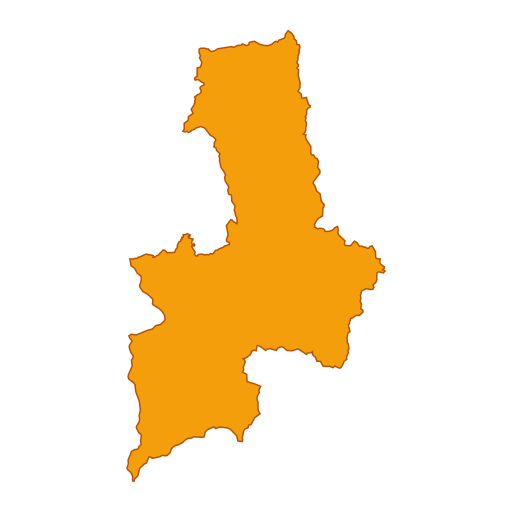 Li, Lamphun, Thailand
{"feature_id": "78962969B62404267117906", "entity_name": "Li", "entity_type": "district", "adm_level": 2, "iso_a3": "THA", "parent_name": "Thailand", "parent_adm1": "Lamphun", "projection": "orthographic", "projection_center": [98.889, 17.796], "detail": "fine", "context": "isolated", "style": "filled", "palette": "amber", "viewbox_px": 512, "rotation_deg": 0, "n_neighbors": 0, "source": "geoboundaries", "source_scale": "gbopen_adm2", "svg_char_len": 6036}
<svg xmlns="http://www.w3.org/2000/svg" viewBox="0 0 512 512"><path d="M200.4,48.3L199.2,49.2L199.1,52.8L200.6,56.0L199.5,57.7L201.6,61.8L201.7,63.2L200.4,67.1L197.2,67.9L197.1,76.3L195.0,77.6L194.6,79.3L195.2,80.1L197.3,79.6L198.5,79.8L201.8,82.3L203.6,82.8L204.2,84.2L203.5,85.2L201.2,86.3L200.1,87.4L200.1,88.8L201.1,90.4L201.0,92.4L199.3,94.1L197.9,94.5L194.5,97.1L195.5,99.0L194.8,100.7L195.0,102.4L194.3,103.2L194.7,103.9L191.2,109.3L193.0,113.4L188.4,116.6L188.3,119.3L187.6,120.8L184.2,123.2L184.2,129.1L182.9,131.4L184.7,131.9L187.1,131.5L188.7,132.5L190.8,131.3L191.8,130.0L194.2,129.5L195.6,128.2L200.7,126.5L204.7,128.0L210.1,135.1L213.5,137.0L215.3,138.9L215.7,140.2L214.2,142.9L214.3,145.3L213.7,146.7L216.1,148.1L216.6,150.5L219.9,153.8L218.9,156.2L219.7,157.8L219.5,160.4L220.7,166.0L221.3,168.0L223.7,171.1L225.5,174.8L224.6,177.4L225.3,181.2L228.8,186.9L227.8,190.4L228.5,193.6L229.0,194.4L230.9,194.8L231.5,195.5L231.7,201.0L235.1,206.1L234.2,210.3L234.8,211.3L235.6,215.8L236.6,217.1L237.2,220.5L237.0,223.6L236.4,223.7L235.6,222.7L233.3,221.7L232.4,220.2L230.9,219.6L226.4,225.5L228.1,234.9L226.3,240.1L226.8,241.3L229.4,242.9L229.4,244.6L224.7,245.9L223.1,247.4L218.9,248.9L217.8,250.0L215.4,250.3L214.6,252.0L213.8,252.5L213.7,253.3L212.0,254.0L210.3,253.6L208.4,255.0L206.9,254.4L204.5,255.1L203.5,254.4L200.6,254.1L198.1,254.6L197.4,255.9L195.8,255.9L194.6,254.6L195.1,252.0L192.2,247.6L191.7,245.9L192.4,245.4L194.1,246.1L194.7,244.8L194.0,243.7L193.2,245.0L191.8,243.4L191.9,240.9L192.8,240.1L193.0,239.0L189.0,238.3L188.3,237.0L189.6,236.7L189.3,235.7L190.2,235.0L187.4,233.7L185.1,234.7L183.2,234.6L183.3,236.9L181.8,237.4L182.0,239.0L181.0,239.3L180.5,241.4L179.3,241.5L178.2,243.4L177.3,245.5L177.3,247.6L175.6,249.7L174.7,252.4L167.1,252.7L165.0,250.3L163.1,250.0L158.7,254.7L153.9,257.4L153.1,257.4L153.3,255.7L152.6,255.3L145.7,254.2L140.0,256.9L138.4,257.1L136.9,258.4L134.7,258.4L133.5,259.1L129.8,258.9L131.1,265.8L134.6,268.2L137.1,273.0L140.4,275.6L141.4,277.2L140.8,282.6L139.5,285.3L140.2,287.7L142.9,291.5L148.0,294.5L152.5,298.9L152.9,299.8L152.5,303.6L153.2,305.0L158.9,308.3L162.3,311.5L164.6,315.6L165.1,318.8L164.4,320.8L160.4,324.6L155.9,325.5L152.4,329.0L147.3,330.4L137.2,334.6L135.3,334.9L131.2,334.3L128.9,335.8L129.7,338.1L132.1,341.0L129.3,345.6L129.3,347.6L130.6,351.9L133.3,356.0L132.9,358.1L131.5,360.0L132.2,366.1L128.4,374.7L128.1,377.1L129.1,379.4L133.8,382.9L134.9,384.6L135.8,391.5L139.3,401.4L140.4,410.1L139.1,415.6L139.7,419.9L139.0,422.3L136.5,426.3L136.4,427.8L138.9,432.9L140.8,434.3L141.4,435.3L140.6,440.7L141.1,444.6L139.0,446.5L138.1,449.0L134.4,449.7L131.5,451.5L128.1,460.1L128.3,463.9L127.0,468.2L127.9,470.0L131.0,472.5L132.7,476.7L132.5,480.0L133.1,481.3L134.1,481.1L134.8,478.7L137.7,476.1L139.7,468.3L144.3,464.0L146.4,463.0L148.9,457.0L150.5,456.9L152.0,458.2L153.2,458.2L159.1,456.9L162.7,455.3L164.9,455.8L167.1,455.5L170.0,452.9L171.3,449.0L172.9,447.1L175.1,445.7L178.5,444.7L182.8,442.4L185.1,440.1L187.8,438.5L191.4,438.1L193.7,436.8L202.3,437.3L204.1,436.9L205.4,431.7L207.5,429.7L212.9,427.2L214.1,426.9L215.8,428.6L219.5,427.0L227.8,428.0L230.5,429.4L236.8,435.9L237.9,441.0L242.4,441.6L242.7,439.3L242.3,437.5L243.8,430.4L245.1,429.0L248.1,427.7L248.6,425.1L251.0,424.6L254.7,417.7L260.1,413.8L258.6,411.4L258.0,408.7L258.0,402.5L256.9,399.0L257.6,395.5L259.3,392.6L258.9,389.9L260.6,386.3L255.1,384.0L247.1,381.7L246.7,374.3L242.6,372.1L243.7,369.7L243.3,367.3L245.2,362.2L244.8,360.2L243.0,358.8L246.2,357.8L250.4,354.6L252.1,350.7L254.3,350.3L256.2,350.7L257.0,345.9L257.6,345.5L260.0,346.3L265.7,350.4L267.0,349.2L270.0,348.6L276.3,350.4L277.7,348.2L281.1,346.6L283.6,347.4L286.6,350.3L289.2,350.7L292.5,350.7L298.0,348.8L306.5,354.4L307.6,353.1L311.3,352.6L312.5,351.7L312.4,353.9L313.3,355.6L315.4,357.1L316.9,361.2L320.5,361.4L323.2,366.4L329.7,366.3L332.9,367.7L334.8,366.1L339.3,368.1L340.8,367.8L342.5,365.4L344.1,361.3L346.8,359.2L346.6,356.8L348.4,352.5L347.7,350.7L348.7,349.6L349.0,348.1L348.2,343.8L347.5,343.1L347.0,338.2L347.9,333.2L350.0,331.6L348.3,324.8L349.5,323.7L349.6,321.7L350.4,320.3L350.3,318.6L352.6,317.9L356.1,315.4L359.4,315.4L363.1,311.9L362.7,310.1L360.6,308.6L361.5,304.8L361.3,303.3L360.1,301.6L360.9,298.0L360.4,295.7L361.6,291.1L366.2,288.6L370.2,289.5L372.8,289.3L374.0,287.3L372.9,285.0L375.8,282.5L376.8,279.9L376.8,273.1L378.7,271.8L383.5,272.9L385.0,271.0L384.7,270.4L382.6,269.8L384.5,267.9L384.4,266.9L381.4,264.8L379.8,262.8L380.1,258.8L377.8,259.0L375.8,257.8L375.4,251.4L372.0,245.8L369.9,246.5L369.1,248.0L368.3,248.3L366.8,248.1L365.1,247.1L363.4,247.1L362.1,246.1L359.6,246.3L356.8,242.5L354.4,241.1L350.6,245.7L345.2,245.4L344.4,244.0L345.0,240.8L338.4,234.7L337.7,232.1L338.3,230.4L337.5,226.4L334.7,227.8L332.5,230.2L329.0,231.4L325.0,231.3L324.4,229.8L322.9,228.6L319.6,228.2L317.8,228.8L314.5,227.1L314.9,226.0L314.4,224.6L316.1,221.3L318.3,218.5L322.6,215.9L322.8,208.3L324.0,206.5L324.2,204.6L322.2,202.5L321.0,200.1L320.3,194.1L316.6,190.9L315.1,186.3L313.1,183.2L313.4,181.8L319.9,173.1L319.9,170.5L317.6,167.2L318.5,161.6L317.2,158.6L315.1,157.9L313.6,155.0L311.9,154.9L310.9,153.9L310.8,146.4L306.1,139.2L305.5,136.5L306.0,134.9L303.2,134.1L304.9,132.5L305.8,130.4L305.7,127.7L306.5,124.7L306.3,122.6L305.3,120.5L306.2,117.4L305.2,116.6L306.7,114.3L306.5,110.6L307.9,108.3L310.0,107.2L310.4,105.9L308.6,104.6L306.3,97.4L303.2,98.2L301.7,97.7L301.1,93.8L298.0,91.3L299.9,87.7L300.1,82.7L298.2,75.1L298.6,69.9L296.7,67.8L298.4,66.3L298.5,64.9L297.1,63.2L296.9,61.9L297.9,59.4L298.0,56.1L299.2,52.7L299.1,50.6L300.0,46.9L299.3,44.8L296.9,44.5L296.4,41.0L295.5,39.8L294.2,39.2L293.9,36.4L291.7,33.3L288.1,30.7L285.3,34.4L285.2,36.8L284.1,38.2L278.9,40.2L277.5,42.1L276.5,41.4L275.1,41.5L271.7,44.3L268.0,45.7L264.0,45.4L259.4,44.2L254.5,41.3L249.9,42.1L249.2,42.7L248.7,44.8L246.4,45.6L242.4,43.9L240.8,45.3L238.0,45.3L233.6,47.4L231.5,46.6L217.8,48.8L214.3,51.0L211.3,51.5L209.4,50.5L208.5,49.0L206.3,48.9L204.9,48.2L200.4,48.3Z" fill="#f59e0b" stroke="#b45309" stroke-width="1.5"/></svg>